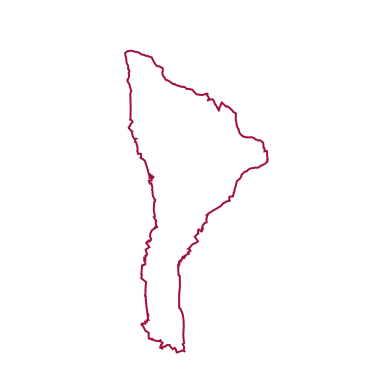 Carta, Harghita, Romania, rotated 75°
{"feature_id": "2599482B48066587484568", "entity_name": "Carta", "entity_type": "district", "adm_level": 2, "iso_a3": "ROU", "parent_name": "Romania", "parent_adm1": "Harghita", "projection": "equal_earth", "projection_center": [25.713, 46.564], "detail": "fine", "context": "isolated", "style": "outline", "palette": "rose", "viewbox_px": 384, "rotation_deg": 75, "n_neighbors": 0, "source": "geoboundaries", "source_scale": "gbopen_adm2", "svg_char_len": 6054}
<svg xmlns="http://www.w3.org/2000/svg" viewBox="0 0 384 384"><g transform="rotate(75 192 192)"><path d="M310.1,273.7L313.9,273.0L315.9,271.0L316.7,270.4L317.8,270.4L319.4,271.1L322.4,271.6L323.5,268.7L323.9,269.2L326.3,265.6L326.7,264.5L327.9,261.5L327.1,261.2L327.0,260.9L329.3,260.3L330.1,259.4L331.0,260.4L331.6,261.6L334.1,263.0L335.5,261.2L333.7,260.3L333.8,259.8L334.1,259.2L334.2,258.3L334.4,257.6L333.8,257.0L333.3,255.5L334.0,253.2L335.8,252.9L338.9,251.2L338.1,249.1L339.9,248.4L343.0,248.3L342.9,245.0L342.6,241.3L343.6,240.9L344.7,240.2L342.4,240.8L341.8,240.7L341.1,240.2L340.1,239.8L338.9,239.9L336.6,240.4L336.0,238.8L330.5,238.0L326.8,237.1L319.6,234.7L314.8,233.6L311.4,233.0L308.3,232.7L305.2,232.8L303.5,233.3L301.7,233.4L301.2,234.2L300.4,234.2L299.8,233.9L299.0,234.1L298.0,233.7L296.4,233.4L296.3,233.2L288.2,231.1L284.7,229.9L281.6,228.5L269.7,225.5L269.1,226.4L268.6,226.3L268.4,226.5L264.3,225.6L260.9,224.8L261.0,224.7L259.4,224.3L259.6,223.9L258.6,223.8L258.8,223.1L258.3,222.9L258.3,223.1L258.1,223.1L257.7,223.0L257.8,222.5L257.4,222.4L257.4,222.9L256.1,222.7L255.7,222.0L256.0,222.0L255.8,221.5L255.6,221.5L255.5,221.2L256.0,221.2L256.0,220.8L254.3,220.8L255.1,220.4L254.1,219.1L254.3,219.0L253.1,217.6L252.5,218.0L252.3,217.7L253.1,217.2L252.9,217.0L253.5,216.6L253.1,216.3L252.3,215.1L251.7,215.4L251.2,213.9L250.8,210.9L249.3,211.6L248.8,210.4L248.5,208.8L246.6,209.4L245.9,210.4L245.0,208.2L244.0,207.0L243.7,206.8L242.4,204.2L242.3,203.0L242.4,202.3L242.1,200.9L241.1,199.0L235.9,200.9L235.4,199.9L234.4,198.4L233.9,196.8L233.4,196.5L232.6,196.8L232.0,196.4L231.0,196.2L229.9,195.4L232.6,193.1L231.6,191.9L231.2,192.3L230.3,191.3L230.1,191.7L229.8,191.3L229.6,191.7L227.0,190.3L225.2,187.8L225.2,185.8L222.3,185.2L219.6,183.9L218.1,183.8L218.3,182.7L217.1,182.0L215.0,175.1L214.7,173.6L213.0,167.8L211.0,164.9L210.6,162.7L210.1,161.2L210.2,157.8L207.7,157.7L206.6,157.4L206.3,157.1L206.4,156.7L206.3,155.8L206.9,154.3L206.6,153.9L206.6,153.4L205.8,153.3L204.6,152.2L203.3,151.8L203.0,151.3L202.2,150.8L200.6,150.3L200.3,150.0L196.7,147.7L196.1,147.6L193.2,145.8L192.8,145.2L192.5,144.3L192.0,143.7L191.7,142.4L189.7,140.4L188.1,139.6L188.0,139.1L186.6,136.9L186.2,136.0L186.0,133.3L185.0,132.0L184.5,130.4L184.4,129.3L184.8,125.9L184.7,124.9L184.9,124.7L184.9,124.2L185.5,122.5L185.6,121.7L185.2,120.5L184.6,119.5L184.5,118.0L183.3,113.2L182.2,112.1L182.1,111.2L180.4,111.2L180.3,110.5L177.3,110.2L171.9,109.0L171.4,110.0L171.5,111.5L168.6,110.6L167.8,111.5L166.2,111.0L162.8,110.5L160.6,112.0L160.0,112.7L159.5,113.4L159.5,114.7L158.1,116.0L158.1,116.4L157.5,117.4L156.3,117.7L155.1,119.3L154.5,120.3L154.0,122.5L153.8,123.7L152.5,126.9L151.6,127.9L151.7,128.1L150.8,128.9L147.9,130.6L144.2,131.0L143.9,130.7L143.5,130.7L140.6,131.5L139.7,131.5L132.4,130.8L127.6,129.2L127.0,129.5L126.3,130.5L125.1,131.5L124.0,131.9L122.6,132.6L121.8,133.3L120.5,133.7L119.7,134.6L119.0,135.1L118.2,136.1L118.1,136.3L118.4,137.0L117.6,137.3L113.3,140.1L114.2,141.0L115.8,141.9L117.4,143.6L119.6,144.4L120.1,144.9L119.0,145.3L114.8,146.3L113.0,147.1L110.2,147.2L107.8,148.1L107.6,148.7L107.4,151.4L107.6,152.8L107.1,152.8L106.8,151.6L106.5,151.2L106.1,151.1L101.9,152.5L101.9,152.2L101.4,151.6L100.8,152.2L101.0,157.2L98.9,162.2L95.9,164.1L94.2,164.7L93.2,165.4L92.7,166.1L92.4,167.1L91.8,168.0L91.3,169.7L90.9,170.6L90.5,170.6L90.0,171.1L88.6,172.0L88.0,173.4L88.1,173.6L87.7,174.9L85.8,177.6L84.9,179.5L84.0,180.0L83.3,180.8L83.0,181.3L83.2,181.6L82.8,182.3L79.4,185.1L77.9,186.6L77.2,187.5L77.3,187.8L76.7,188.3L71.6,190.0L69.2,189.8L66.8,188.6L64.8,188.3L62.0,191.3L61.8,192.4L61.1,193.4L58.4,194.6L53.5,195.8L51.6,196.0L48.7,200.4L48.6,201.3L47.3,202.6L46.0,205.3L43.9,206.9L43.2,207.6L42.7,209.2L40.4,213.0L39.6,214.7L39.6,217.0L39.3,217.5L39.3,218.2L40.6,220.6L42.3,220.9L46.8,221.1L50.7,221.8L52.9,221.1L55.2,221.3L56.7,221.9L57.7,221.2L59.3,221.2L60.9,222.5L62.2,222.4L63.0,222.5L65.4,223.6L67.2,225.5L68.9,225.4L69.4,225.5L70.8,224.8L71.6,224.6L74.8,224.8L75.6,224.6L78.5,224.6L79.3,225.0L81.2,226.2L82.7,226.7L84.3,226.9L94.6,229.4L105.1,232.4L106.0,233.1L106.7,232.2L107.6,231.5L108.6,231.2L109.0,231.4L110.2,233.2L110.9,234.0L112.0,234.7L112.2,234.9L112.6,235.8L113.6,236.6L117.4,234.7L118.1,234.1L118.3,234.5L122.0,234.8L123.1,234.8L125.2,234.2L125.9,233.3L126.2,232.4L126.5,233.1L127.0,233.4L127.7,233.5L128.8,234.1L129.9,233.0L131.2,233.2L135.0,233.0L136.2,233.5L137.1,233.6L138.3,234.3L139.1,234.1L141.1,234.3L141.5,233.1L141.6,232.1L141.9,231.5L143.4,231.7L144.0,232.0L145.0,232.2L145.3,232.7L145.7,232.9L147.6,231.0L147.7,230.8L149.6,229.5L157.4,229.0L164.0,229.1L164.1,228.1L164.9,228.3L165.7,226.8L166.4,227.1L167.3,225.4L167.9,225.6L166.3,229.1L167.8,229.5L168.5,227.2L168.9,227.4L170.5,228.1L170.1,230.7L172.9,230.7L173.0,229.0L175.5,229.1L177.4,229.1L178.4,229.4L179.4,230.0L181.3,229.9L183.2,230.5L185.8,230.8L186.1,230.6L186.8,230.4L188.0,230.5L188.8,230.3L190.2,229.5L190.4,229.6L190.9,230.1L191.3,230.1L191.7,231.1L192.7,231.3L197.8,233.1L200.9,233.8L201.4,233.7L205.9,234.2L206.3,235.4L210.5,234.1L211.0,234.1L211.1,234.7L216.3,235.5L216.4,234.7L216.7,234.7L216.6,237.1L217.5,236.9L218.2,239.8L219.0,241.1L221.4,243.0L223.1,243.7L224.9,244.0L226.1,243.8L226.6,243.5L227.6,244.7L227.8,244.8L228.2,244.6L228.9,246.5L227.8,246.9L228.8,248.3L229.3,249.4L234.2,247.4L235.7,251.7L240.8,251.6L241.3,253.0L241.8,253.0L241.7,253.6L244.8,254.5L244.6,254.7L243.4,254.4L243.4,254.7L244.5,255.0L243.9,255.4L246.1,255.9L246.3,255.1L249.1,255.6L249.8,255.9L249.9,256.6L249.7,257.8L250.3,258.5L250.1,259.3L258.5,262.3L259.0,261.8L262.3,263.3L267.1,259.6L272.8,261.8L278.2,263.3L279.0,263.6L279.5,264.2L279.9,264.3L280.6,264.2L280.9,263.7L282.9,264.2L283.6,264.5L285.2,264.6L289.2,265.4L298.6,266.6L298.8,266.0L299.7,266.0L299.5,266.7L303.5,267.3L304.4,267.2L304.1,268.8L305.4,269.2L305.5,269.0L305.8,269.2L305.1,270.8L307.1,271.1L306.8,272.3L306.9,272.8L306.5,272.9L306.4,273.3L306.1,274.0L306.1,274.5L306.4,274.8L307.1,274.8L307.2,275.0L307.8,274.5L310.1,273.7Z" fill="none" stroke="#9f1239" stroke-width="2"/></g></svg>